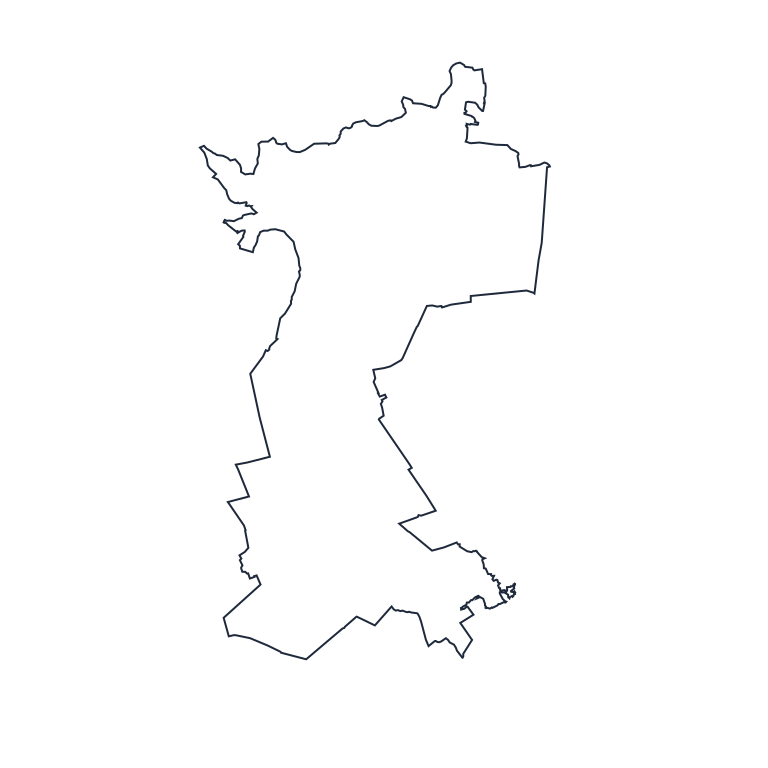 the district of Nalbant, Tulcea, Romania, rotated 163°
{"feature_id": "2599482B6965012888187", "entity_name": "Nalbant", "entity_type": "district", "adm_level": 2, "iso_a3": "ROU", "parent_name": "Romania", "parent_adm1": "Tulcea", "projection": "natural_earth1", "projection_center": [28.557, 45.014], "detail": "fine", "context": "isolated", "style": "outline", "palette": "slate", "viewbox_px": 768, "rotation_deg": 163, "n_neighbors": 0, "source": "geoboundaries", "source_scale": "gbopen_adm2", "svg_char_len": 6151}
<svg xmlns="http://www.w3.org/2000/svg" viewBox="0 0 768 768"><g transform="rotate(163 384 384)"><path d="M388.8,98.6L388.7,99.5L387.8,100.4L387.1,102.8L374.6,113.5L380.9,133.2L365.9,137.2L369.2,146.6L370.1,146.8L372.8,145.6L376.2,145.7L375.9,147.2L375.2,147.0L374.0,148.0L369.9,148.8L368.6,150.8L366.7,150.2L363.9,151.9L362.7,151.5L359.4,153.3L355.8,153.9L355.5,153.5L357.7,151.8L354.5,152.2L351.9,149.6L351.7,144.1L352.2,142.7L351.6,141.4L352.4,140.3L352.0,139.8L350.8,139.8L348.3,138.2L346.2,138.8L345.7,138.2L340.2,139.1L338.9,140.1L337.5,139.7L333.5,140.3L331.6,139.5L330.7,140.1L331.7,140.8L333.3,143.7L334.5,149.7L334.2,151.0L332.8,151.4L332.2,150.1L328.7,149.2L328.4,148.7L328.8,148.3L326.9,146.2L327.6,143.9L326.7,142.3L325.9,143.4L323.6,143.8L323.2,142.9L322.1,143.6L321.1,145.3L320.2,145.0L320.2,145.7L319.5,146.1L319.9,147.6L321.0,147.1L323.2,148.2L323.1,148.9L319.2,150.4L319.2,151.8L317.1,154.3L317.4,154.9L318.7,154.5L319.9,152.9L322.0,153.5L322.5,152.9L325.8,153.8L326.6,150.5L327.4,149.9L328.2,150.1L328.8,151.6L332.3,152.2L333.3,153.3L332.7,154.8L333.6,155.3L333.8,158.1L331.6,159.5L333.0,160.9L332.9,163.4L333.7,164.0L336.7,163.7L337.4,165.6L334.9,168.4L337.0,169.0L337.5,170.0L337.2,170.9L340.0,171.8L340.7,177.8L342.3,178.6L341.4,182.5L341.6,186.7L341.1,187.6L338.6,187.9L341.2,189.9L344.2,196.3L344.0,196.7L344.8,197.7L346.3,197.6L347.5,198.1L349.4,197.6L353.3,199.7L359.2,206.4L358.5,208.6L360.1,209.0L360.8,211.2L374.2,210.2L386.8,210.6L402.8,234.8L404.3,236.3L410.3,246.0L391.2,246.9L390.4,247.1L389.3,248.5L386.9,247.2L371.6,247.7L376.0,264.3L385.6,294.9L382.0,295.7L383.2,300.2L399.3,351.5L398.8,352.2L393.6,353.8L392.7,362.0L392.8,365.9L390.5,367.9L390.8,369.4L385.7,370.4L386.2,373.5L391.7,373.2L392.5,376.8L391.9,376.8L393.3,389.0L390.7,392.0L390.1,400.7L379.4,399.2L372.8,399.0L360.5,401.8L358.5,403.4L340.7,423.8L336.0,429.0L334.7,429.7L320.2,446.1L314.9,445.0L310.4,442.4L306.5,441.9L306.1,441.5L306.3,440.4L306.0,440.2L296.8,440.3L277.0,437.2L275.3,442.8L220.3,431.7L214.6,427.7L213.7,426.5L200.1,456.9L191.9,472.9L164.7,543.6L161.8,543.5L162.0,544.9L163.8,547.5L165.9,548.9L171.2,548.1L179.7,549.2L179.6,550.3L180.4,550.6L185.3,550.3L191.0,551.5L191.1,553.2L190.5,554.6L189.7,562.9L188.2,564.3L188.1,565.8L190.2,568.4L193.9,571.6L196.2,576.4L207.0,580.1L222.1,587.0L230.7,588.9L235.0,591.9L233.0,594.5L230.1,602.1L229.2,604.7L229.8,605.4L230.0,607.0L229.2,606.9L228.9,608.6L226.4,607.1L225.4,606.9L225.0,607.3L219.1,604.6L218.3,604.6L217.5,606.3L220.4,608.0L219.6,609.0L219.9,611.4L220.5,612.9L221.8,614.1L221.8,614.6L228.1,618.8L227.8,619.8L226.8,619.5L225.3,620.7L226.4,622.7L223.2,629.4L221.0,629.3L214.6,626.3L213.1,623.7L212.7,621.0L210.2,616.3L209.4,616.2L206.1,622.2L206.4,622.8L205.3,623.5L205.3,624.0L205.8,624.1L205.0,625.4L204.6,628.3L202.8,630.1L199.8,638.5L199.3,641.9L200.6,642.5L198.2,656.4L205.9,657.5L206.6,658.5L207.0,660.7L213.4,663.5L213.8,663.8L214.1,665.5L217.3,669.1L221.3,669.4L224.9,668.5L227.4,666.8L229.8,664.1L229.4,660.8L230.7,654.3L231.4,652.2L232.7,650.2L240.9,644.9L242.9,643.9L244.3,643.8L246.7,641.1L251.0,634.8L253.7,633.1L256.4,634.1L257.2,635.4L258.2,635.2L258.4,636.3L259.9,636.7L266.3,641.0L274.2,644.0L274.3,646.8L275.9,648.7L281.4,652.5L284.5,649.0L284.0,645.6L284.5,643.1L283.5,640.9L283.8,637.0L289.4,634.2L295.1,634.3L300.2,633.3L300.5,634.2L303.1,634.5L313.1,632.5L315.0,632.7L320.6,634.7L322.6,636.8L323.8,639.4L325.7,642.0L327.5,641.7L334.4,642.5L337.2,642.1L338.9,640.6L339.4,639.5L341.4,638.7L343.2,638.9L345.4,640.5L348.1,640.2L351.5,638.2L352.4,635.8L353.9,634.8L354.1,633.3L355.3,631.9L360.1,628.7L365.4,629.6L366.8,629.1L366.9,630.0L368.5,630.9L380.6,634.2L390.8,631.0L396.6,630.4L399.8,631.4L403.8,633.7L405.3,635.2L407.3,639.2L407.4,642.9L411.6,643.0L415.8,645.0L416.5,646.2L416.5,649.2L418.1,651.8L424.0,649.7L430.4,651.6L434.0,650.2L434.5,645.1L436.8,639.3L439.3,636.3L440.2,631.8L444.4,627.8L447.5,623.0L450.3,624.2L455.4,625.0L458.7,628.6L457.6,632.1L457.7,635.8L460.7,642.4L465.6,642.6L467.5,645.9L471.2,649.3L477.0,651.9L478.2,653.7L479.8,654.8L480.8,656.5L484.9,661.0L486.5,664.4L490.9,663.9L488.2,657.8L487.7,650.9L488.6,644.5L487.5,641.1L483.1,634.0L487.1,631.7L483.1,628.2L479.5,618.0L478.2,615.5L478.5,611.4L478.0,606.4L476.8,603.9L474.0,601.0L471.4,599.8L470.6,600.2L469.5,599.0L462.5,598.1L462.4,597.2L464.1,595.0L462.8,594.1L460.8,594.1L459.7,593.0L458.7,592.8L459.4,592.3L458.6,589.7L455.7,585.1L458.9,584.4L460.9,585.9L468.3,586.5L469.6,586.3L471.5,584.2L474.3,584.5L480.0,583.6L484.1,585.5L486.7,586.1L488.2,587.5L488.9,587.0L490.7,584.7L490.1,585.2L489.1,584.6L488.7,584.9L487.9,584.1L486.7,581.5L481.0,573.3L479.3,573.1L479.4,572.4L480.2,571.8L480.0,571.2L475.4,572.3L472.4,571.6L472.6,570.3L475.5,566.9L475.5,565.8L482.6,560.3L481.4,558.4L482.1,555.8L470.9,548.4L468.4,552.7L466.7,553.9L463.7,557.3L461.4,562.1L460.1,562.7L458.1,565.4L455.8,565.7L454.3,565.8L450.3,564.6L447.8,564.9L442.7,563.8L434.9,559.0L433.7,555.7L428.9,546.5L429.5,538.7L428.9,529.5L430.4,522.0L430.2,519.0L430.9,517.2L432.4,516.5L432.7,512.8L433.3,511.2L438.7,505.5L442.3,498.8L446.8,494.2L447.5,491.8L448.7,490.6L449.4,487.9L458.1,480.3L464.0,477.2L472.9,461.1L473.7,459.0L472.7,458.1L481.8,453.6L483.3,451.7L483.7,450.4L485.7,449.6L487.1,450.9L491.7,445.6L508.9,432.9L512.7,388.2L514.4,347.8L537.7,348.9L549.3,350.2L548.5,345.0L546.0,315.9L567.8,316.8L559.3,289.7L559.1,284.6L559.7,284.3L561.6,267.0L566.2,264.1L572.3,262.4L571.5,258.7L573.3,257.7L572.4,251.9L574.2,250.3L574.5,249.1L574.4,245.9L571.6,244.9L570.3,242.7L569.3,242.6L569.1,237.2L564.3,237.4L564.3,238.2L561.8,238.2L560.7,228.3L605.7,207.3L606.2,188.1L600.9,187.7L599.0,187.0L586.4,180.1L571.7,167.9L561.2,158.1L561.0,157.1L538.9,143.5L495.2,162.3L493.4,162.3L492.3,163.3L478.7,169.4L478.1,169.5L463.3,155.8L441.8,169.0L440.6,165.7L439.0,163.9L436.9,163.7L434.7,162.0L432.6,161.9L429.6,159.6L427.9,158.8L426.6,158.9L424.9,157.6L419.4,155.1L418.9,154.4L418.2,151.0L418.0,145.9L418.7,127.2L418.0,120.3L410.7,123.3L409.6,123.1L408.4,121.7L406.6,120.9L404.5,121.1L399.2,122.8L397.6,120.6L396.7,117.6L393.3,114.3L392.4,110.9L392.2,107.7L388.8,98.6Z" fill="none" stroke="#1e293b" stroke-width="2"/></g></svg>